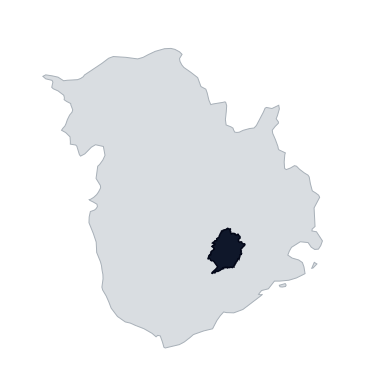 Phnum Kravanh, Pouthisat, Cambodia (highlighted), rotated 259°
{"feature_id": "14789045B35445184191564", "entity_name": "Phnum Kravanh", "entity_type": "district", "adm_level": 2, "iso_a3": "KHM", "parent_name": "Cambodia", "parent_adm1": "Pouthisat", "projection": "orthographic", "projection_center": [103.822, 12.181], "detail": "fine", "context": "in_parent", "style": "filled", "palette": "ink", "viewbox_px": 384, "rotation_deg": 259, "n_neighbors": 0, "source": "geoboundaries", "source_scale": "gbopen_adm2", "svg_char_len": 7705}
<svg xmlns="http://www.w3.org/2000/svg" viewBox="0 0 384 384"><g transform="rotate(259 192 192)"><path d="M334.0,67.7L334.9,70.8L332.7,76.9L330.3,82.4L325.7,87.2L325.5,90.7L324.1,101.1L324.7,104.4L325.9,107.3L327.4,108.8L331.6,118.9L335.5,128.2L339.2,135.7L340.0,140.6L336.8,152.8L333.0,164.1L333.5,169.7L335.2,175.3L337.1,182.8L337.9,192.3L337.0,198.6L335.3,202.4L332.0,206.5L329.0,208.5L325.4,205.2L322.6,205.1L318.8,206.2L315.9,207.7L309.8,213.6L303.2,219.4L293.8,220.9L290.3,225.2L286.4,225.8L279.0,226.1L274.2,227.1L274.4,229.2L274.1,239.2L274.2,241.6L273.5,242.2L270.1,242.5L264.4,241.0L256.7,238.6L251.3,238.3L248.5,242.7L246.9,244.4L244.8,244.7L242.6,245.4L241.9,247.4L241.7,249.8L242.8,254.0L243.3,260.6L243.0,265.1L245.0,267.9L256.9,277.4L260.3,279.7L260.8,281.2L258.7,286.4L260.6,293.7L256.9,293.6L250.8,290.5L247.8,288.6L244.3,290.2L243.0,289.9L240.6,286.3L237.4,282.6L234.2,282.4L227.4,283.9L220.4,285.0L217.7,285.0L216.6,285.6L212.6,291.1L210.9,290.2L203.8,288.2L197.4,287.4L196.0,288.8L196.8,293.3L198.3,297.6L197.4,299.5L193.9,301.8L189.3,305.9L186.4,309.1L184.4,309.9L177.3,309.8L170.2,310.3L167.4,313.3L164.7,315.7L162.4,316.3L153.1,308.8L134.7,306.2L132.7,302.9L130.9,302.3L129.2,306.6L119.1,310.7L114.9,308.2L111.8,305.2L112.2,301.5L115.1,298.5L120.2,296.3L122.5,288.8L118.7,279.1L115.3,276.2L111.8,274.0L108.1,277.6L104.9,283.8L101.7,286.9L97.1,287.6L90.3,287.4L87.7,278.1L86.9,270.2L87.8,261.2L88.8,255.9L82.4,248.5L82.0,241.5L78.9,237.8L78.0,239.6L78.1,241.7L77.2,240.2L67.0,219.6L65.4,210.0L67.1,202.6L68.2,200.2L65.3,196.3L61.1,191.9L53.8,186.1L53.4,177.0L51.8,166.2L49.7,162.6L46.3,155.9L44.6,150.4L44.0,135.9L45.0,134.8L50.1,134.4L56.8,133.4L57.8,131.0L56.7,129.1L60.9,125.8L67.0,118.7L71.7,111.2L75.1,106.4L77.2,101.7L84.0,95.1L93.4,90.5L99.8,89.4L106.4,87.9L112.8,85.6L115.8,85.4L123.7,88.1L128.0,88.8L132.4,88.8L137.1,89.1L141.1,88.8L150.8,86.9L161.1,88.4L170.2,87.2L181.5,85.0L187.1,86.3L192.2,88.5L192.9,92.9L194.1,94.9L195.8,96.4L198.1,96.4L200.9,93.3L203.3,90.1L204.1,89.6L204.2,91.1L205.5,94.5L207.6,97.9L209.8,100.2L213.5,103.1L215.9,103.3L223.6,100.4L235.3,104.4L236.6,106.5L240.4,110.6L244.6,113.6L253.6,113.7L256.8,106.3L255.2,101.8L249.9,94.1L248.5,89.5L250.1,88.6L258.9,87.7L260.3,86.8L262.2,81.7L264.5,82.2L269.4,82.8L274.5,79.3L277.5,75.7L279.1,77.3L281.0,79.8L283.0,81.3L286.7,83.4L290.8,86.5L293.3,89.5L295.4,90.6L300.6,89.7L302.0,89.8L304.9,86.1L307.0,84.1L308.8,84.7L311.4,84.6L316.8,79.8L319.8,75.5L321.5,74.3L326.4,76.4L328.3,75.9L331.0,70.0L334.0,67.7ZM84.3,266.0L83.3,266.5L82.3,266.5L81.4,265.7L81.5,262.3L82.2,260.3L83.8,259.9L84.3,266.0ZM99.6,298.6L97.5,300.9L94.3,296.3L94.3,295.0L99.6,298.6Z" fill="#d9dde1" stroke="#a8b0b8" stroke-width="1"/><path d="M148.0,213.5L147.9,213.5L147.7,213.5L147.6,213.3L147.1,213.3L147.1,213.2L146.9,213.0L146.4,212.7L146.3,212.3L143.9,210.6L143.7,210.4L143.4,210.5L142.4,209.6L142.0,209.1L142.0,208.6L141.6,207.8L141.4,207.7L141.4,207.4L141.0,207.4L140.5,207.4L140.4,207.2L139.9,206.9L139.6,206.9L139.8,205.2L138.9,204.6L138.8,204.3L138.8,203.8L138.5,203.1L138.2,202.8L138.0,202.4L137.3,203.4L137.2,203.7L136.8,204.3L136.8,204.5L136.5,204.5L136.0,204.5L136.0,204.4L136.0,204.1L135.9,203.9L136.0,203.9L135.9,203.7L136.0,203.5L135.8,203.3L135.4,202.5L135.3,202.2L135.4,201.9L135.0,201.5L134.9,201.4L134.7,201.2L134.5,201.5L133.8,202.0L133.7,202.1L132.8,202.9L132.7,202.9L132.5,203.0L132.4,202.9L132.3,203.0L132.2,203.0L132.2,202.9L131.9,202.9L132.0,202.6L131.7,202.4L131.4,202.3L131.0,202.1L130.9,201.9L130.7,201.0L130.6,200.7L130.4,200.4L130.1,199.9L129.9,199.5L129.5,199.4L129.4,199.2L129.2,199.4L128.6,199.2L128.4,198.8L127.9,198.6L127.5,198.4L127.4,198.3L127.2,198.3L127.1,198.5L126.9,198.5L126.7,198.4L126.6,198.1L126.8,197.9L127.0,197.9L127.1,197.7L126.8,197.5L126.9,197.3L126.4,197.0L126.4,196.5L125.5,196.1L123.9,195.2L123.7,195.0L123.4,195.0L123.2,195.4L123.4,196.0L123.3,196.4L123.2,196.7L122.6,197.1L121.6,197.2L121.3,197.5L120.7,198.1L120.7,199.1L120.2,199.8L119.6,200.2L119.6,200.3L119.3,200.4L119.1,200.5L118.8,200.6L113.8,202.9L112.6,201.8L112.5,201.5L111.5,200.3L111.3,200.0L111.2,199.7L110.3,198.2L109.2,196.5L108.6,196.0L108.3,196.2L108.2,196.4L108.2,196.5L108.4,196.7L108.5,197.2L108.9,197.8L108.6,198.3L108.5,198.7L108.3,198.8L108.2,199.0L108.8,199.6L109.0,200.0L109.4,200.1L109.6,200.4L109.4,200.5L109.5,200.7L109.7,200.8L109.7,201.1L109.5,201.4L109.3,201.5L109.3,202.0L109.1,202.2L109.1,202.4L109.3,202.6L109.3,202.8L109.4,203.2L109.5,203.4L109.5,203.6L109.6,204.2L109.7,204.4L109.8,204.8L110.1,205.0L110.2,205.5L110.7,205.9L110.7,206.1L110.5,206.6L110.7,207.4L110.8,207.4L110.9,207.6L111.4,207.6L111.4,207.8L111.5,207.9L111.8,207.9L111.8,208.0L111.6,208.1L111.6,208.4L111.4,208.5L111.7,208.6L111.6,209.0L111.6,209.3L111.6,209.7L111.7,209.9L111.5,210.0L111.7,210.3L111.7,210.6L111.7,210.8L111.5,211.0L111.2,211.1L111.2,211.3L111.4,211.4L111.3,211.6L111.4,211.8L111.3,212.2L111.2,212.3L111.0,212.2L110.9,212.3L111.0,212.4L110.8,212.5L111.0,212.7L111.0,212.8L111.1,213.0L110.9,213.2L110.8,213.6L110.8,213.8L110.7,214.2L110.6,214.5L110.6,214.8L110.8,215.0L110.7,215.1L110.9,215.5L110.9,215.9L110.8,216.1L110.5,216.4L110.1,217.3L110.6,218.0L110.6,218.3L110.4,218.8L110.8,218.8L111.2,219.0L111.3,219.2L111.7,219.2L112.1,219.4L112.3,219.6L112.1,219.8L112.1,220.0L112.7,220.3L112.8,220.5L113.4,220.7L113.5,220.9L113.6,221.1L113.9,221.0L114.0,221.4L114.1,221.6L114.3,221.6L114.5,221.7L114.7,221.8L115.1,222.5L115.3,222.6L115.5,222.8L115.7,223.1L115.9,223.3L115.9,223.5L116.3,223.7L116.5,223.8L117.0,223.9L117.3,224.0L117.5,224.1L117.7,224.5L117.6,224.8L117.5,225.0L117.3,225.1L117.2,225.2L117.3,225.2L117.5,225.3L117.7,225.7L117.9,225.7L118.1,225.6L118.4,225.8L118.5,226.0L118.8,226.3L119.1,226.3L119.4,226.5L119.5,226.6L119.8,226.8L120.6,226.9L120.9,226.9L121.1,227.0L121.3,227.5L121.3,227.9L121.2,228.0L121.3,228.4L121.8,228.5L121.9,228.8L122.0,228.9L122.4,229.0L122.5,229.0L123.0,228.6L123.6,228.3L123.8,228.4L124.0,228.8L124.5,229.1L124.8,229.2L125.3,228.7L125.6,228.8L126.0,228.7L126.3,228.8L126.7,229.2L126.8,229.3L126.8,229.7L127.0,230.0L127.4,230.1L127.7,230.6L127.8,230.9L128.0,231.0L128.1,231.3L128.6,231.8L128.9,232.2L129.0,232.4L129.1,232.5L129.1,232.8L129.3,233.2L129.4,233.3L129.6,233.3L130.2,233.9L130.5,233.8L130.8,233.5L131.1,233.6L131.2,233.1L131.0,232.8L131.2,232.5L131.5,232.2L131.9,231.9L132.1,231.5L132.8,231.2L133.4,231.1L133.5,231.1L133.5,230.9L133.7,230.7L133.8,230.4L133.6,230.2L133.5,229.4L133.5,229.2L133.5,228.9L134.0,228.8L134.3,228.6L134.5,228.6L134.6,228.4L134.8,228.1L135.0,228.1L135.5,228.4L136.0,228.4L136.1,228.6L136.7,228.5L137.0,228.9L137.0,229.1L137.1,229.3L137.1,229.5L137.3,229.7L137.4,230.0L137.5,230.1L137.6,230.4L137.8,230.5L138.2,230.4L139.0,230.6L139.3,230.5L139.5,230.3L139.8,230.1L140.0,229.8L140.2,229.7L140.4,229.6L140.6,229.4L141.2,229.4L141.5,229.4L141.7,229.2L141.8,229.0L141.4,228.3L141.3,227.7L141.2,227.6L141.0,227.3L141.4,226.7L141.7,226.6L141.8,226.6L142.2,226.7L142.3,226.6L142.5,226.2L142.3,225.9L142.6,225.7L142.8,225.7L143.0,225.9L143.2,225.6L143.2,225.4L143.4,225.1L143.4,224.7L143.6,224.2L143.6,223.9L143.7,223.6L143.6,223.1L143.4,222.6L143.5,222.6L143.9,222.7L144.0,222.7L144.4,222.2L144.7,222.1L145.3,222.1L145.8,222.4L146.3,222.3L146.4,222.2L146.6,221.9L147.1,222.0L147.3,222.0L147.6,222.2L147.9,222.5L148.0,222.6L148.3,222.7L148.5,222.6L148.5,222.4L148.4,221.9L148.9,220.8L149.4,220.4L149.5,220.1L149.3,220.0L149.3,219.8L149.3,219.6L149.2,219.6L149.3,219.3L149.2,219.2L149.0,218.8L148.7,218.8L148.6,218.7L148.7,218.3L148.7,218.1L148.6,216.9L148.7,216.6L148.6,216.2L148.6,215.4L148.5,215.2L148.2,214.9L147.9,214.9L147.8,214.6L147.9,214.3L147.8,214.0L148.1,213.7L148.0,213.5Z" fill="#0f172a" stroke="#020617" stroke-width="1.5"/></g></svg>